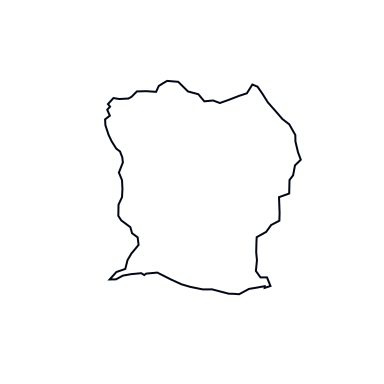 Stavrokonnou, Paphos, Cyprus (Equal Earth projection), rotated 233°
{"feature_id": "46923920B66998759901759", "entity_name": "Stavrokonnou", "entity_type": "district", "adm_level": 2, "iso_a3": "CYP", "parent_name": "Cyprus", "parent_adm1": "Paphos", "projection": "equal_earth", "projection_center": [32.616, 34.788], "detail": "fine", "context": "isolated", "style": "outline", "palette": "ink", "viewbox_px": 384, "rotation_deg": 233, "n_neighbors": 0, "source": "geoboundaries", "source_scale": "gbopen_adm2", "svg_char_len": 1298}
<svg xmlns="http://www.w3.org/2000/svg" viewBox="0 0 384 384"><g transform="rotate(233 192 192)"><path d="M71.7,192.3L69.7,198.1L78.7,200.5L82.6,195.3L90.5,195.5L98.4,202.8L105.1,206.9L112.8,213.0L117.0,216.5L115.5,227.2L118.0,235.4L116.5,244.5L122.5,249.3L135.5,258.4L132.3,268.7L142.9,277.1L144.5,282.8L151.3,290.3L151.9,295.2L152.3,298.3L160.0,300.6L170.1,305.0L175.3,308.8L187.5,310.4L195.9,308.1L206.7,307.4L217.9,306.5L228.5,307.4L236.7,307.7L241.5,304.9L237.8,295.2L240.4,287.6L243.5,276.7L246.3,267.8L252.4,263.9L257.0,256.4L266.3,255.9L274.7,249.3L288.3,247.3L295.7,239.0L296.2,235.0L296.7,229.3L293.6,223.6L300.0,216.2L305.5,208.5L304.4,201.0L304.9,197.5L310.0,189.9L314.3,185.8L312.8,177.8L309.5,177.9L308.7,173.8L302.4,172.3L302.3,166.3L297.4,163.0L287.6,159.7L280.6,158.3L272.3,157.6L267.7,158.9L261.7,157.2L257.2,154.6L251.5,145.3L243.5,143.2L236.2,138.2L230.0,133.0L226.1,125.7L217.3,118.8L211.9,118.4L201.0,121.6L195.1,119.3L188.5,121.3L181.9,117.5L179.3,106.5L176.4,99.5L170.7,92.4L173.6,83.5L171.7,73.6L168.0,78.7L166.8,86.5L163.1,93.8L157.7,102.6L154.4,103.9L154.4,106.3L148.5,115.8L134.7,122.6L124.7,128.0L117.3,133.5L107.7,142.0L102.2,149.4L88.7,160.1L85.1,164.6L82.0,168.1L80.3,179.2L76.8,185.9L73.0,193.4L71.7,192.3Z" fill="none" stroke="#020617" stroke-width="2"/></g></svg>